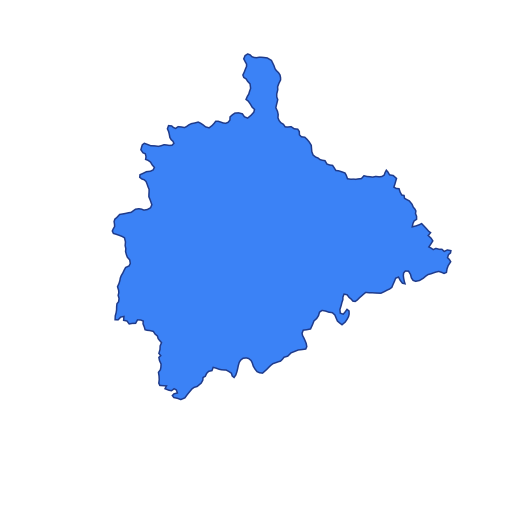 the district of Dores do Indaiá, Minas Gerais, Brazil, rotated 39°
{"feature_id": "56859067B54382916389320", "entity_name": "Dores do Indaiá", "entity_type": "district", "adm_level": 2, "iso_a3": "BRA", "parent_name": "Brazil", "parent_adm1": "Minas Gerais", "projection": "mercator", "projection_center": [-45.547, -19.504], "detail": "fine", "context": "isolated", "style": "filled", "palette": "blue", "viewbox_px": 512, "rotation_deg": 39, "n_neighbors": 0, "source": "geoboundaries", "source_scale": "gbopen_adm2", "svg_char_len": 5820}
<svg xmlns="http://www.w3.org/2000/svg" viewBox="0 0 512 512"><g transform="rotate(39 256 256)"><path d="M366.1,255.3L366.9,251.2L366.6,247.7L366.0,244.8L364.9,242.5L362.9,240.2L360.3,240.2L360.5,243.5L360.4,246.3L357.5,247.4L354.9,244.8L353.3,240.8L351.9,237.8L351.0,235.3L349.4,233.3L348.4,230.2L351.2,228.8L354.4,229.6L357.1,229.6L359.7,230.1L361.7,228.9L362.4,226.4L362.7,223.1L363.2,220.4L363.6,217.9L364.2,215.2L367.0,213.4L369.5,211.4L371.8,209.8L374.1,208.1L376.5,206.3L378.1,203.0L379.5,199.7L380.6,197.6L381.3,194.9L380.4,191.9L379.5,188.5L378.5,185.4L380.0,182.7L383.5,184.2L386.9,185.0L389.3,183.8L387.2,182.4L384.9,180.5L382.9,178.6L381.4,176.3L381.5,173.7L384.1,171.8L387.7,173.1L390.5,175.2L393.4,176.1L396.0,175.2L398.5,172.1L400.0,168.0L400.6,164.8L401.4,162.1L403.1,159.8L404.5,157.5L405.9,155.3L407.7,153.0L410.5,151.9L413.1,151.2L414.3,148.9L412.5,145.7L411.4,142.5L410.9,137.9L408.4,137.0L405.9,136.8L404.7,133.8L405.2,131.2L404.1,129.2L400.9,130.9L399.4,134.0L396.2,133.8L394.2,135.5L391.0,136.9L389.7,139.5L386.9,139.7L384.6,140.2L384.4,137.3L383.9,133.0L380.9,132.0L376.9,131.7L377.0,128.0L374.5,128.1L371.2,127.5L367.6,127.0L364.3,126.6L363.3,128.8L361.4,132.0L359.1,135.0L357.5,132.0L356.8,129.2L357.7,126.4L355.8,124.1L353.3,122.7L351.9,120.4L349.8,119.5L347.5,119.1L344.7,117.6L340.5,116.7L337.5,117.3L335.1,117.7L333.0,115.8L330.9,116.9L327.9,115.7L324.8,113.7L322.4,115.3L319.8,115.7L318.8,113.0L317.6,110.2L316.4,107.3L312.0,107.1L308.7,108.9L305.6,107.7L303.3,107.3L303.8,109.9L304.7,112.4L303.9,114.9L302.0,116.9L299.0,118.8L297.0,121.3L294.5,122.8L292.2,124.4L289.4,125.7L289.2,129.5L286.8,131.9L285.3,133.6L283.4,134.9L281.5,136.6L278.5,138.4L275.2,136.4L272.9,135.5L269.9,136.5L266.6,137.8L264.2,139.3L261.4,138.3L258.5,137.4L256.0,138.9L253.3,139.9L249.6,138.5L247.2,139.9L245.0,140.8L242.6,140.8L240.0,141.6L236.8,141.6L233.7,139.8L231.3,137.3L229.3,135.2L225.6,133.9L222.1,133.2L219.2,133.0L216.2,134.8L213.5,134.5L211.3,132.0L208.6,131.2L205.6,133.1L201.9,133.4L199.4,135.9L197.4,137.3L194.4,136.4L191.4,136.8L188.7,136.2L186.1,134.8L184.2,132.1L181.7,130.1L178.1,128.3L176.6,125.3L175.6,123.1L174.5,120.8L172.1,119.4L170.1,117.0L168.3,113.1L166.3,110.9L165.1,107.3L164.3,103.7L162.8,101.9L160.7,100.2L158.2,99.4L155.1,99.1L152.9,98.5L150.2,96.8L147.7,95.6L144.9,94.3L140.1,95.0L137.3,96.7L135.2,98.1L133.4,99.5L131.6,101.6L129.6,102.9L127.4,103.7L124.9,103.4L122.4,104.2L121.4,107.1L122.4,110.5L125.6,111.9L127.9,112.8L129.4,114.7L130.0,117.0L131.1,120.3L131.9,123.6L134.1,124.9L137.0,124.6L139.5,125.5L143.1,126.0L146.3,129.1L147.5,132.4L148.5,134.8L148.8,137.3L149.7,140.6L152.5,140.5L156.0,141.5L159.4,142.8L162.6,143.0L163.8,145.6L163.6,149.7L162.7,154.1L159.4,155.1L155.9,154.1L152.4,155.7L149.7,158.2L148.8,161.1L148.3,164.2L150.2,166.8L150.2,169.7L148.9,172.0L146.7,173.3L144.4,174.1L141.8,175.1L139.9,176.7L140.0,179.1L139.8,182.2L138.9,185.9L135.5,187.4L132.1,187.4L129.3,187.7L126.8,188.3L124.6,191.3L122.5,193.8L121.3,196.3L120.6,199.0L119.6,201.2L116.8,202.7L114.1,204.5L113.2,207.5L110.9,208.1L108.6,208.0L106.0,209.7L107.1,212.9L109.8,214.3L111.8,215.8L114.5,218.1L116.9,219.0L119.3,219.1L121.3,220.1L121.0,222.9L118.8,224.8L116.8,225.9L114.5,227.4L112.9,230.0L111.2,232.2L108.1,234.1L104.7,236.6L101.5,237.6L98.3,238.7L97.7,241.1L98.5,243.2L99.7,245.9L103.2,246.9L105.7,246.2L108.1,248.1L109.4,250.4L111.8,249.6L114.9,249.4L118.2,250.6L121.3,251.1L121.9,253.8L120.6,256.6L117.8,259.4L116.1,263.1L114.7,265.8L116.1,268.0L118.8,268.0L121.2,267.1L123.7,267.3L126.2,268.7L128.6,270.2L131.0,271.5L132.5,273.4L134.0,275.5L135.5,277.4L138.1,278.8L140.7,280.4L142.8,281.7L143.7,284.9L142.3,288.3L140.0,290.9L137.6,291.6L135.2,293.0L132.9,295.5L132.1,298.4L131.5,300.7L129.8,302.5L128.0,304.8L126.3,306.8L123.9,309.5L123.6,313.8L123.1,316.1L124.0,318.5L126.1,320.4L127.6,322.1L128.0,324.8L128.6,327.0L131.0,328.2L133.4,327.2L136.4,326.1L139.5,325.1L142.3,324.6L145.7,327.2L147.8,330.3L150.2,332.2L151.8,334.6L154.4,336.5L156.8,337.9L160.3,338.5L163.0,340.9L163.6,343.6L161.9,347.0L162.5,350.2L163.2,353.0L163.6,355.9L164.4,358.5L165.6,360.6L166.8,363.5L167.7,367.0L170.8,369.1L172.5,370.9L173.6,373.3L176.3,375.2L178.0,378.0L178.0,380.6L179.6,383.1L181.6,385.7L183.0,388.1L184.3,391.1L186.6,394.2L189.0,392.4L189.3,388.6L191.4,386.1L193.6,389.3L196.6,387.7L200.2,388.6L202.3,386.2L204.8,384.1L204.1,380.2L206.7,378.3L209.3,377.5L210.9,379.8L214.1,381.6L216.2,383.1L218.2,382.2L220.5,380.7L223.7,379.2L226.8,380.2L229.7,380.2L232.0,381.8L234.3,382.3L237.1,382.8L238.1,386.2L240.2,389.0L241.8,392.8L244.7,393.4L244.3,395.9L246.8,398.0L250.2,399.7L252.1,402.3L253.3,404.6L253.4,407.8L256.1,410.2L258.6,413.0L260.5,416.0L262.7,417.1L264.9,415.6L268.2,413.3L268.8,416.4L272.6,415.2L275.1,413.9L275.9,410.7L278.4,410.2L281.1,411.9L279.0,414.7L278.8,417.1L281.2,417.7L284.6,416.0L287.9,414.9L290.0,411.0L289.8,407.0L289.8,404.4L289.9,399.5L290.6,397.0L292.4,394.4L293.4,389.3L292.8,386.0L291.3,383.7L292.3,381.4L291.5,378.3L291.8,375.4L293.9,372.8L292.8,369.5L295.5,368.3L298.7,367.2L300.8,366.1L302.7,364.8L304.6,363.4L307.9,362.8L310.7,362.6L313.0,364.2L315.4,364.2L315.2,361.2L314.0,358.0L312.8,355.4L311.2,352.3L309.9,349.2L309.6,346.6L310.3,343.6L312.6,341.3L314.8,340.3L317.9,340.3L320.3,341.4L323.2,343.3L326.4,344.5L329.6,345.2L332.2,344.5L334.8,342.9L335.7,337.5L336.0,334.1L336.3,331.6L336.9,329.0L338.6,326.3L339.8,324.3L341.2,322.3L341.5,319.9L341.5,317.0L343.7,313.9L344.2,309.2L346.1,305.8L348.0,302.4L350.5,299.9L353.2,297.0L352.5,294.5L350.1,292.4L347.2,290.8L344.6,289.5L342.2,288.5L340.4,287.0L339.4,283.9L341.8,281.4L344.3,278.4L343.2,274.1L341.9,270.0L342.5,266.4L342.1,263.0L340.7,259.7L341.6,256.7L344.7,255.0L347.8,253.9L351.0,252.0L354.4,252.2L357.7,254.0L360.2,255.3L363.0,255.4L366.1,255.3Z" fill="#3b82f6" stroke="#1e3a8a" stroke-width="1.5"/></g></svg>